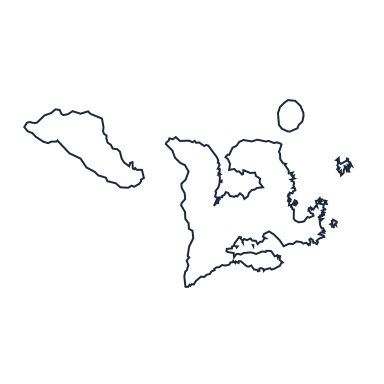 outline of Bima, Nusa Tenggara Barat, Indonesia, rotated 355°
{"feature_id": "22746128B14082340634491", "entity_name": "Bima", "entity_type": "district", "adm_level": 2, "iso_a3": "IDN", "parent_name": "Indonesia", "parent_adm1": "Nusa Tenggara Barat", "projection": "robinson", "projection_center": [118.835, -8.483], "detail": "fine", "context": "isolated", "style": "outline", "palette": "slate", "viewbox_px": 384, "rotation_deg": 355, "n_neighbors": 0, "source": "geoboundaries", "source_scale": "gbopen_adm2", "svg_char_len": 6135}
<svg xmlns="http://www.w3.org/2000/svg" viewBox="0 0 384 384"><g transform="rotate(355 192 192)"><path d="M225.6,195.1L224.2,197.6L221.7,198.6L221.6,199.9L217.8,199.8L218.9,201.6L217.4,202.9L217.1,205.3L214.7,205.5L212.6,207.8L216.8,200.5L214.6,198.5L216.0,194.6L215.5,193.2L218.3,190.2L220.0,186.5L221.1,179.7L220.4,177.8L221.3,177.3L219.9,177.1L221.1,175.9L219.3,175.3L220.6,175.2L221.5,173.3L221.0,172.0L222.4,171.7L219.7,171.1L221.9,167.4L221.1,165.2L220.3,165.1L220.9,162.8L219.9,159.7L212.3,147.3L210.2,146.4L208.2,147.3L203.4,143.3L200.5,143.4L199.0,141.3L196.8,142.5L193.7,140.6L184.4,140.1L180.6,135.9L177.6,137.8L174.2,136.6L173.3,138.7L170.8,140.5L170.1,141.9L176.1,149.1L178.1,156.5L183.1,162.2L187.3,164.6L190.4,171.4L186.7,179.2L182.1,183.0L182.1,187.0L184.6,192.6L184.6,198.4L180.7,202.2L180.0,204.2L183.3,211.3L183.0,218.2L185.9,222.8L185.7,228.4L189.1,230.7L189.2,238.3L184.4,246.1L182.1,255.4L183.5,256.9L180.7,259.9L182.0,264.4L180.0,269.5L178.3,270.8L177.0,275.3L177.2,285.8L179.7,286.2L181.4,284.3L182.2,285.4L183.7,283.8L185.6,284.3L188.2,280.9L193.6,277.1L196.8,277.7L199.5,275.7L202.7,275.2L204.5,272.8L207.7,271.8L207.4,270.7L209.9,269.2L212.4,269.3L215.6,267.4L219.0,268.2L222.8,267.6L224.3,265.5L226.5,265.5L227.0,264.3L229.0,266.5L229.5,265.0L232.2,266.8L232.7,265.0L234.7,265.3L240.0,270.7L241.7,271.3L244.6,270.4L247.0,274.6L250.0,275.2L250.8,276.7L252.2,276.5L252.4,274.2L254.1,273.8L256.3,274.9L256.6,276.8L257.9,275.6L263.1,274.7L264.6,276.2L267.6,275.5L273.1,273.2L274.7,270.6L276.2,270.1L273.3,267.2L274.2,263.6L272.9,263.3L271.8,264.8L271.6,262.4L268.8,263.3L265.8,257.9L262.9,257.2L260.8,257.1L260.3,258.1L256.8,257.4L250.5,259.3L245.5,257.3L238.1,257.3L235.1,258.6L232.3,257.6L230.7,257.8L228.2,260.7L228.2,256.5L222.0,254.8L221.1,253.8L221.7,251.7L226.9,251.7L227.2,249.8L229.2,249.4L229.7,247.1L235.2,240.9L236.8,241.4L236.2,242.4L238.2,244.9L239.8,243.4L242.6,244.7L246.4,243.4L247.7,245.6L251.4,246.2L252.8,249.6L255.6,247.4L257.7,247.7L260.0,244.6L261.4,244.6L258.8,242.7L260.1,240.1L265.4,238.0L269.8,241.4L275.1,247.7L278.6,254.0L284.1,252.0L288.1,252.6L291.8,250.3L296.6,251.5L298.0,253.0L301.7,252.6L303.4,254.9L304.1,254.0L304.8,254.7L305.8,251.8L304.7,249.9L306.0,248.7L308.1,250.3L308.5,253.1L309.3,252.7L311.8,254.9L313.1,253.0L312.0,251.4L314.7,249.4L319.9,248.2L319.5,247.0L314.8,245.1L317.0,243.5L320.0,244.1L318.9,241.9L320.6,242.2L319.3,239.3L317.7,239.0L316.8,236.1L316.7,232.6L319.7,230.3L316.6,230.3L317.0,228.8L315.4,227.9L317.7,228.0L317.5,225.7L318.3,227.6L319.6,227.4L319.6,225.1L322.0,227.1L320.9,224.9L322.0,224.2L320.5,223.6L321.2,223.2L319.9,221.9L323.0,220.9L324.0,221.6L321.4,219.1L322.1,215.9L317.3,214.5L319.2,213.2L317.7,213.1L318.1,212.0L319.8,212.1L320.6,210.7L319.2,210.6L318.8,209.2L316.6,211.5L314.7,211.6L315.4,217.6L314.5,216.5L313.4,217.3L311.3,220.1L309.3,218.0L309.2,219.3L308.2,218.0L306.9,218.4L306.4,220.8L307.2,220.7L308.3,223.3L310.7,224.4L311.0,226.3L306.5,227.8L304.9,226.9L300.9,231.1L295.7,231.5L292.1,229.3L291.0,227.1L292.0,218.3L290.5,217.9L290.5,216.2L289.4,215.6L289.9,214.2L288.1,213.6L288.8,212.9L287.5,213.5L288.1,210.7L287.2,209.7L288.1,208.8L289.3,209.4L289.7,208.0L288.5,206.7L287.6,207.3L288.2,205.9L287.1,204.7L287.9,202.8L288.9,203.4L289.3,201.2L292.0,202.1L292.8,200.1L295.1,199.3L294.7,197.2L292.6,196.7L294.2,195.8L293.6,194.1L294.5,192.8L294.2,190.6L292.2,189.8L292.6,188.9L291.6,188.2L295.4,187.5L294.0,186.6L294.9,184.6L292.5,185.4L293.6,184.3L292.4,183.7L294.0,181.4L290.0,182.0L290.2,178.9L286.9,173.3L288.0,172.2L285.3,171.4L282.8,167.1L283.0,161.6L282.2,159.6L285.3,152.6L284.6,151.6L280.9,149.9L278.0,150.4L272.9,147.8L269.7,148.1L261.8,145.6L256.0,146.8L247.7,144.7L243.4,146.2L240.5,149.7L236.2,151.5L232.3,158.2L230.8,157.9L228.4,160.1L230.7,162.5L232.4,167.4L230.9,173.2L236.2,172.8L238.4,175.5L240.7,175.6L243.4,179.0L244.4,178.5L245.1,174.7L251.8,178.2L256.5,178.2L257.1,181.6L261.0,184.6L260.1,188.6L263.1,193.5L257.0,193.6L254.3,195.2L252.0,195.1L248.7,197.8L247.2,201.2L243.6,203.5L242.4,200.2L239.7,197.5L236.7,200.4L235.3,199.5L233.8,200.5L229.4,199.2L227.9,196.0L225.6,195.1ZM144.1,165.6L138.7,165.0L137.5,163.2L136.5,164.3L135.1,163.4L135.3,157.1L132.9,157.7L131.7,160.9L126.9,156.7L124.8,152.4L123.7,145.5L121.3,142.9L116.8,141.8L115.3,137.9L112.3,135.6L111.4,131.1L111.8,128.3L109.3,126.3L108.7,123.6L109.5,119.8L108.7,111.0L97.7,105.3L95.5,102.6L87.9,104.3L80.1,101.1L75.4,103.6L70.7,104.2L68.7,102.8L67.3,98.7L63.2,97.8L58.5,101.1L51.8,102.8L43.7,109.3L41.1,109.7L36.2,108.1L33.5,108.7L30.6,112.7L33.5,117.1L38.2,119.5L40.8,123.0L48.3,129.0L53.0,130.8L55.9,129.6L61.7,129.9L62.4,129.0L73.4,142.9L83.9,149.0L89.0,158.4L96.8,163.4L100.1,167.3L107.4,170.2L108.8,173.9L116.9,176.7L121.1,181.1L128.8,182.2L132.2,180.5L134.8,181.7L140.2,179.3L142.2,177.0L142.2,175.3L145.3,173.9L144.1,165.6ZM302.8,110.2L295.6,108.8L291.7,111.2L287.0,115.1L284.5,121.0L284.5,132.8L287.0,136.8L292.5,139.9L294.8,140.3L302.6,137.7L304.1,134.6L308.1,131.3L309.8,125.7L309.8,122.7L307.6,115.7L302.8,110.2ZM341.0,175.0L341.1,170.9L338.6,172.8L339.7,173.1L340.1,175.9L339.1,178.3L340.1,179.8L339.0,181.4L340.8,181.2L339.5,183.2L340.6,185.2L342.2,183.9L341.9,188.4L344.7,186.3L345.2,182.8L346.4,182.0L346.3,179.5L347.6,180.2L348.0,184.2L349.0,183.0L349.5,185.3L350.4,185.4L349.7,180.2L351.6,182.3L350.1,179.1L351.4,179.8L351.3,178.2L353.4,179.8L351.9,176.0L349.8,174.8L350.5,172.9L349.4,172.2L348.8,174.3L342.6,177.0L341.0,175.0ZM333.6,234.2L330.2,231.8L329.5,233.5L328.8,232.0L329.0,235.6L327.2,236.2L328.7,237.3L328.5,238.8L330.1,238.9L330.3,240.4L330.1,237.7L331.5,236.7L332.5,237.7L332.2,235.8L333.4,235.4L333.6,234.2ZM293.7,209.2L292.3,211.4L294.0,211.9L293.2,212.5L294.2,213.6L293.4,215.0L296.0,212.2L295.3,210.2L293.7,209.2ZM325.1,212.6L322.7,211.9L323.6,213.3L323.1,215.2L325.2,215.7L324.5,213.6L325.1,212.6ZM232.6,250.1L231.2,249.9L231.6,251.2L232.6,250.1ZM222.5,183.3L221.4,183.7L221.2,184.2L222.3,184.6L222.5,183.3ZM292.6,213.7L292.1,212.5L291.0,213.0L292.6,213.7ZM248.4,250.2L247.9,250.2L248.3,251.1L248.4,250.2ZM238.2,247.0L238.2,245.7L237.8,246.3L238.2,247.0Z" fill="none" stroke="#1e293b" stroke-width="2"/></g></svg>